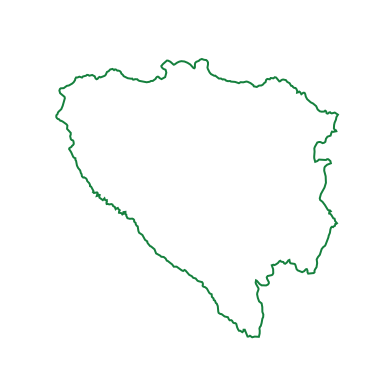 Prata, Minas Gerais, Brazil (Equal Earth projection), rotated 190°
{"feature_id": "56859067B48710486715982", "entity_name": "Prata", "entity_type": "district", "adm_level": 2, "iso_a3": "BRA", "parent_name": "Brazil", "parent_adm1": "Minas Gerais", "projection": "equal_earth", "projection_center": [-48.964, -19.276], "detail": "fine", "context": "isolated", "style": "outline", "palette": "green", "viewbox_px": 384, "rotation_deg": 190, "n_neighbors": 0, "source": "geoboundaries", "source_scale": "gbopen_adm2", "svg_char_len": 5977}
<svg xmlns="http://www.w3.org/2000/svg" viewBox="0 0 384 384"><g transform="rotate(190 192 192)"><path d="M61.7,293.5L65.2,295.0L68.0,293.7L69.1,293.9L69.8,294.5L70.7,294.2L71.5,293.1L72.3,292.7L73.2,293.0L73.9,294.7L75.0,295.2L75.9,294.1L78.5,293.6L80.2,293.7L82.6,295.1L84.6,298.1L88.2,300.2L90.6,300.9L94.7,303.4L96.5,305.7L97.5,308.1L98.4,309.2L99.6,309.1L101.3,307.3L102.9,309.1L103.8,309.5L104.7,308.6L105.8,308.1L105.9,309.8L107.1,311.6L108.1,312.4L109.5,312.3L110.7,312.9L111.6,313.8L112.8,313.8L114.8,316.1L117.4,317.0L119.0,318.5L121.8,318.6L122.9,318.1L123.7,317.4L124.2,316.5L125.2,316.1L129.0,319.3L130.4,319.4L131.5,318.1L134.3,317.9L135.0,316.5L137.5,316.4L138.4,315.4L138.7,312.8L139.6,312.1L140.9,310.0L142.1,309.0L144.5,308.4L146.4,306.7L149.5,306.8L150.1,307.8L153.3,309.4L156.3,310.2L157.7,310.2L160.6,308.9L163.2,308.6L164.7,307.3L168.7,307.9L172.8,307.5L173.6,307.9L176.0,307.4L177.8,307.6L178.6,308.3L180.5,308.5L181.4,308.1L183.2,308.8L185.2,308.4L189.3,310.6L190.2,310.3L193.7,311.4L195.4,312.8L197.8,316.0L198.4,317.3L198.4,320.4L198.8,322.5L199.8,323.7L200.9,324.4L203.2,324.3L205.4,324.7L207.2,323.6L208.1,322.3L210.3,321.0L211.2,319.8L211.3,318.2L210.8,315.3L211.1,314.3L212.0,314.3L215.9,317.3L218.9,318.5L222.1,319.2L225.2,319.0L227.1,318.2L229.0,316.9L231.4,314.5L232.2,314.2L235.9,316.5L238.3,317.2L239.5,317.1L242.8,313.0L244.1,310.7L243.4,309.5L241.6,308.3L239.3,307.8L238.7,306.7L238.0,305.0L238.4,300.5L241.6,297.9L243.8,298.6L244.8,299.5L245.6,299.7L246.4,299.3L247.1,298.4L247.5,297.1L249.9,294.6L251.7,294.2L252.9,293.2L255.7,292.2L263.2,292.3L264.4,292.7L265.4,293.5L267.7,293.2L268.9,292.5L269.8,292.5L270.6,293.3L271.6,293.0L275.0,292.9L279.4,294.2L280.4,295.3L282.2,296.4L282.8,297.6L284.0,298.5L285.4,298.8L286.6,298.5L287.9,299.3L289.1,299.4L289.9,298.5L291.6,299.4L293.8,298.5L295.1,296.5L296.6,295.4L297.3,292.5L298.1,291.3L301.9,289.0L302.9,289.3L303.7,288.7L304.7,287.0L305.5,286.5L306.6,287.0L307.9,289.0L310.6,289.9L313.3,288.7L314.7,289.2L315.7,289.1L316.6,288.1L319.5,286.8L320.2,285.6L323.0,286.0L324.6,284.9L326.0,284.7L326.6,283.2L326.6,281.9L327.6,279.5L328.9,277.9L331.8,275.5L333.7,274.8L336.4,272.0L339.3,271.3L340.0,270.4L340.2,268.8L339.0,266.4L334.1,263.6L333.5,262.3L334.3,254.5L335.1,250.9L337.2,248.1L337.8,247.0L338.0,245.3L338.9,244.0L338.7,242.3L337.9,241.3L336.7,240.6L335.8,240.6L334.0,239.3L333.0,239.4L331.3,238.8L327.4,236.9L326.3,235.9L326.0,232.5L321.7,229.2L321.4,227.4L321.7,225.9L320.5,223.0L319.5,222.3L318.4,222.2L317.7,221.6L317.2,220.4L316.8,218.8L317.3,217.5L318.1,216.7L318.6,215.5L320.3,214.0L320.5,213.0L317.9,210.2L315.1,206.0L313.9,205.2L312.7,205.0L312.4,203.4L311.6,202.6L309.9,198.1L308.4,196.0L305.9,193.8L304.7,191.3L303.9,190.5L303.1,188.3L301.6,187.3L300.8,187.7L298.8,187.0L297.9,186.2L297.0,184.5L294.8,182.9L293.8,181.5L293.4,180.0L292.3,179.8L289.1,175.7L289.5,174.7L288.4,174.0L285.5,175.1L284.7,174.5L285.1,171.5L284.2,171.9L283.6,173.1L282.4,173.0L282.5,171.6L282.2,170.4L278.4,168.5L277.1,170.5L276.4,169.2L275.5,168.8L274.5,169.2L274.1,167.6L274.4,166.4L273.9,165.3L272.7,165.6L271.4,165.4L269.3,166.1L268.1,165.8L267.3,164.5L265.5,163.9L264.2,161.8L263.4,162.8L262.3,163.4L261.7,162.5L260.0,161.5L260.4,160.3L260.3,158.9L257.7,158.9L256.7,157.8L255.8,158.6L256.0,160.3L254.1,160.9L253.7,158.6L252.8,158.3L252.6,157.2L251.0,155.0L248.6,154.8L246.2,155.4L245.0,155.1L244.1,154.3L243.8,152.8L242.1,151.7L241.8,150.5L240.7,149.2L239.5,148.7L238.0,144.3L237.0,142.7L233.4,141.1L229.9,136.7L227.5,135.6L227.2,134.5L226.5,133.7L223.8,131.4L222.9,131.3L219.0,129.1L216.7,125.3L212.3,123.8L211.0,122.9L208.6,123.1L206.4,121.9L204.9,120.0L204.0,119.9L198.9,117.2L197.0,115.3L194.2,115.8L188.4,113.0L187.0,112.7L185.8,113.9L184.7,113.5L180.3,109.9L177.6,109.1L175.9,107.7L173.4,107.5L171.2,105.6L170.1,105.3L166.4,105.0L165.5,104.0L165.2,102.7L165.3,101.5L164.5,100.8L162.4,100.5L160.6,99.5L157.6,95.8L156.8,95.2L154.9,94.7L154.2,92.2L152.3,90.9L151.8,89.4L150.5,89.0L149.3,86.9L148.2,86.3L146.8,84.1L145.3,78.6L144.7,77.5L142.9,76.8L141.7,76.9L138.3,75.1L134.9,74.9L133.4,72.8L132.5,72.2L131.2,72.6L130.2,72.2L128.9,70.6L127.8,70.2L126.5,70.4L125.5,69.8L124.0,66.5L122.7,64.6L121.6,63.5L120.4,63.7L118.1,62.7L117.3,63.7L117.3,65.3L116.1,65.5L112.2,59.3L111.1,59.5L110.0,60.5L107.5,59.4L105.1,60.5L101.0,61.0L100.8,64.4L101.2,67.1L101.9,69.3L101.7,70.7L101.0,72.1L100.7,75.1L100.7,79.4L100.2,81.2L100.5,83.8L101.9,86.2L102.8,90.9L104.1,94.4L106.9,95.9L108.8,99.2L110.1,102.5L110.2,104.0L109.6,107.5L109.8,108.7L113.0,112.6L113.6,113.8L113.6,116.1L112.7,115.8L109.4,113.1L107.2,112.2L102.7,112.9L101.1,114.1L100.5,115.4L100.7,116.6L103.0,119.6L103.6,121.0L102.9,122.4L99.0,124.0L98.3,124.7L97.9,126.2L98.7,130.1L100.7,133.7L99.3,134.5L98.3,134.3L97.1,135.0L95.1,136.9L93.9,139.0L93.1,139.6L92.1,138.9L89.9,138.9L88.8,137.7L87.8,137.5L86.5,138.8L85.2,141.4L84.3,142.0L83.3,139.5L82.4,138.9L78.4,139.0L77.5,138.1L75.6,134.2L74.3,133.2L69.6,132.2L67.8,133.5L66.5,135.6L65.6,136.0L64.7,134.8L64.3,133.0L63.4,131.8L58.1,133.3L57.4,134.2L57.7,135.7L57.4,137.1L56.3,139.6L56.4,143.7L57.5,147.3L56.7,149.7L55.2,152.4L54.4,158.3L53.3,160.4L51.7,162.1L51.3,163.2L49.8,171.0L49.8,172.7L49.1,175.7L49.2,179.2L48.9,181.1L48.1,182.1L47.0,181.9L46.4,182.8L45.4,183.5L45.3,185.4L44.5,185.6L43.8,186.4L45.9,188.1L47.0,190.5L48.3,190.7L50.8,193.6L52.0,194.5L53.2,194.6L53.3,196.0L52.0,197.1L53.1,197.9L54.3,197.7L55.2,198.1L58.9,202.3L61.8,205.0L64.4,206.4L65.1,208.0L64.7,212.4L62.3,219.4L61.7,224.3L63.1,230.7L65.5,235.9L65.8,238.7L65.5,240.0L63.7,242.3L60.2,244.4L61.1,246.5L63.4,247.9L64.6,247.8L65.3,247.0L66.3,246.7L72.5,246.0L74.0,244.2L75.9,243.1L77.5,246.5L77.8,248.0L78.3,253.0L79.1,256.2L78.8,257.9L77.2,262.5L75.6,263.3L74.2,263.5L71.8,262.8L70.4,263.5L69.4,264.6L69.3,267.7L68.2,270.0L65.3,271.6L65.0,274.6L64.6,275.8L63.5,275.7L60.4,276.9L60.9,277.7L62.3,278.1L63.3,279.3L63.7,282.8L63.6,285.0L62.8,288.3L62.8,290.8L61.7,293.5Z" fill="none" stroke="#15803d" stroke-width="2"/></g></svg>